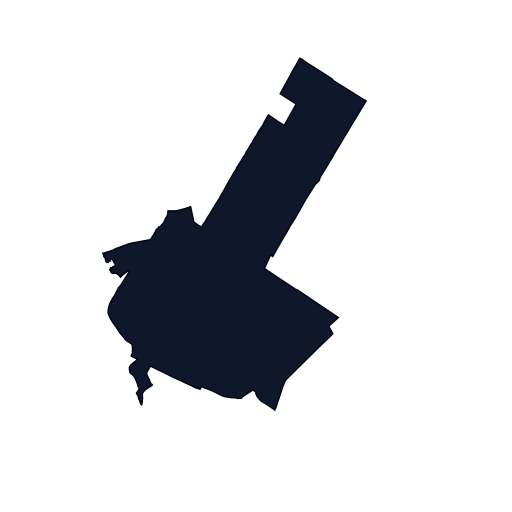 outline of Soparlita, Olt, Romania, rotated 55°
{"feature_id": "2599482B59738251160251", "entity_name": "Soparlita", "entity_type": "district", "adm_level": 2, "iso_a3": "ROU", "parent_name": "Romania", "parent_adm1": "Olt", "projection": "equal_earth", "projection_center": [24.267, 44.29], "detail": "fine", "context": "isolated", "style": "filled", "palette": "ink", "viewbox_px": 512, "rotation_deg": 55, "n_neighbors": 0, "source": "geoboundaries", "source_scale": "gbopen_adm2", "svg_char_len": 6159}
<svg xmlns="http://www.w3.org/2000/svg" viewBox="0 0 512 512"><g transform="rotate(55 256 256)"><path d="M369.3,271.8L366.3,254.1L364.0,239.2L363.7,237.7L355.2,236.7L353.6,223.9L308.7,241.1L307.3,241.7L307.5,242.1L271.4,256.2L271.1,256.3L270.8,255.9L269.6,253.8L263.5,243.5L266.0,242.6L265.2,240.9L262.5,235.4L258.7,227.3L255.3,219.9L255.1,219.3L254.6,218.1L252.9,214.7L252.0,212.8L251.4,212.0L249.7,207.6L247.2,201.7L246.4,200.1L245.5,198.2L244.6,196.2L244.3,195.4L239.8,186.2L238.6,183.7L231.4,166.7L231.1,165.6L231.2,165.4L231.1,164.6L230.6,161.8L230.1,160.2L229.7,160.0L229.3,159.7L228.3,158.2L228.2,158.0L225.9,152.8L222.3,144.5L220.4,140.3L219.0,137.1L218.9,136.7L218.6,136.5L216.8,132.5L215.8,130.3L211.9,121.5L209.9,117.1L207.5,111.6L204.5,105.0L204.0,103.9L202.1,99.5L192.1,76.8L188.4,78.7L166.7,87.8L165.7,88.3L162.3,89.7L156.1,92.3L155.3,91.9L139.9,98.1L138.5,98.8L136.8,99.5L135.1,100.1L131.2,101.8L128.9,102.8L124.9,104.3L123.0,105.0L122.2,105.1L119.1,106.8L119.9,108.1L120.9,110.4L122.8,114.2L123.8,116.5L125.8,120.6L126.5,122.0L129.0,126.8L129.8,128.5L130.5,130.0L131.0,131.1L131.5,131.9L131.7,132.3L131.8,132.7L131.9,133.0L137.0,143.1L154.6,135.9L165.3,158.1L164.1,158.4L162.1,159.2L159.9,160.3L157.1,161.5L155.8,161.8L154.4,162.4L153.2,162.8L151.1,163.6L150.4,163.9L148.3,164.6L147.5,164.8L147.9,165.7L148.4,166.8L149.7,169.5L150.4,171.0L151.0,172.1L151.3,172.8L151.8,173.7L152.8,175.3L153.1,175.9L153.2,176.4L153.5,177.5L153.9,178.6L154.5,180.1L155.0,181.4L155.6,182.7L156.0,183.4L156.2,183.9L156.5,184.4L156.8,184.8L157.0,185.5L157.3,186.1L157.6,186.7L157.8,187.1L157.9,187.7L158.3,188.9L158.7,189.8L159.1,190.4L159.3,191.1L159.5,191.6L159.8,192.1L160.3,192.5L160.5,193.0L160.9,193.6L161.1,194.3L161.2,194.8L161.6,195.9L162.7,198.5L163.3,199.8L163.8,200.5L164.1,201.5L164.5,202.5L165.1,204.1L166.2,205.8L166.6,206.7L166.9,207.4L167.1,208.1L167.4,208.8L167.6,209.6L168.0,210.3L168.3,211.2L168.8,212.0L169.0,212.6L169.3,213.2L169.7,213.9L169.9,214.5L170.1,215.0L170.6,216.2L170.8,216.8L171.3,218.0L171.6,218.5L171.9,219.2L172.3,220.6L172.7,221.4L173.0,221.8L173.5,222.0L173.9,223.1L174.2,224.1L175.0,226.2L176.3,228.9L177.2,230.9L178.0,232.4L178.3,233.4L178.7,234.4L179.1,235.2L179.7,236.2L180.3,237.4L181.0,239.0L181.7,240.4L183.0,243.0L183.7,244.3L184.2,245.6L184.8,246.8L185.5,248.5L186.1,249.7L186.4,250.2L186.6,250.8L187.6,252.6L188.1,253.8L189.1,256.0L190.3,258.9L191.0,260.6L191.7,262.2L192.6,264.1L194.5,268.4L195.3,270.1L195.6,271.2L196.2,272.7L196.5,273.5L196.9,274.2L197.4,275.3L197.9,276.3L198.5,277.6L198.9,278.7L199.1,279.4L199.5,280.5L200.2,282.1L200.6,283.7L200.6,284.1L199.8,284.8L197.7,285.6L195.3,286.5L193.9,286.9L193.3,287.1L192.8,287.6L189.2,286.0L178.1,281.3L177.2,284.7L176.2,287.8L175.6,289.3L174.8,291.5L174.4,292.6L173.8,294.3L173.3,295.2L172.8,296.0L172.5,296.7L172.0,297.3L168.6,302.2L170.0,303.3L170.6,303.9L171.4,304.7L172.0,305.5L172.5,306.6L172.9,307.1L173.1,307.7L173.3,308.4L173.7,309.0L174.2,309.9L174.7,310.6L175.1,311.4L175.5,312.1L175.9,313.1L176.1,313.9L176.2,314.6L176.3,315.3L176.5,315.9L176.9,316.5L177.0,317.0L176.8,317.7L176.6,318.5L176.5,319.2L176.8,319.9L177.3,322.6L178.0,324.0L178.8,325.0L178.9,325.8L179.4,326.6L179.9,327.4L180.3,328.6L180.7,329.7L181.0,330.5L181.5,331.3L181.7,331.9L181.8,332.7L181.9,333.1L181.3,334.8L178.7,340.5L175.7,347.1L174.8,349.0L173.8,351.3L173.0,353.5L172.5,355.7L171.5,359.1L170.5,363.1L169.7,366.0L169.3,368.6L169.2,369.9L168.6,371.6L168.0,374.0L167.2,376.2L166.8,377.7L165.9,379.9L168.1,380.3L169.0,380.9L171.5,380.7L172.7,381.4L173.8,381.9L175.0,382.0L175.9,381.6L176.4,380.8L176.1,379.5L176.5,378.1L175.4,378.0L175.1,377.6L174.9,377.1L175.2,376.5L175.7,376.1L176.6,375.7L177.9,375.7L179.9,376.1L181.4,375.9L182.8,376.6L183.3,377.3L182.7,379.2L183.2,380.1L183.0,381.0L182.3,381.7L183.4,383.6L184.6,383.7L185.5,383.9L186.7,384.0L187.8,383.5L188.9,381.8L190.2,380.3L192.0,379.6L194.0,379.2L195.6,379.2L195.0,376.3L194.9,375.0L194.8,370.1L195.3,369.0L196.1,368.5L197.1,371.0L198.1,373.3L199.0,375.6L199.7,377.1L200.4,378.9L201.3,381.1L202.2,382.9L202.7,384.9L202.8,385.7L203.1,386.8L203.5,387.5L204.0,388.5L204.8,389.8L205.4,391.1L206.3,392.4L206.8,393.6L207.2,394.6L209.0,398.9L209.8,400.5L210.9,402.5L211.7,403.8L212.6,404.8L214.8,407.4L216.2,408.7L217.5,409.6L218.9,410.2L220.6,410.6L223.2,411.1L228.2,411.4L233.3,411.4L236.9,411.4L240.7,411.6L244.8,411.2L248.1,410.9L249.9,411.0L251.1,410.6L252.5,410.2L253.8,409.4L255.6,408.8L257.4,408.2L260.9,410.1L264.8,413.1L266.3,415.6L272.5,412.4L272.9,414.0L273.1,415.8L273.2,417.6L273.4,419.9L273.5,421.4L274.6,423.5L275.3,424.0L276.4,424.7L278.4,425.7L279.2,426.1L280.0,426.1L280.4,426.0L281.2,425.5L284.1,425.0L287.2,425.1L292.5,426.4L293.4,426.6L294.5,427.2L295.5,427.4L296.6,427.3L297.3,427.5L297.7,427.9L298.4,429.0L299.1,430.7L299.5,431.8L299.7,432.3L300.2,432.8L301.8,432.8L302.8,432.9L304.3,433.4L305.7,434.0L306.8,434.1L310.3,435.0L311.1,435.1L311.9,435.2L312.3,435.0L311.4,434.0L309.7,432.4L307.4,430.5L305.4,429.3L304.1,428.5L303.2,427.6L302.6,425.7L302.2,424.3L302.0,421.2L302.4,415.7L302.2,414.9L301.5,414.9L300.4,415.4L297.9,414.9L295.9,414.2L294.3,414.2L289.9,413.2L289.1,413.0L285.5,405.6L286.5,405.1L291.1,402.5L294.4,400.8L295.5,400.1L300.2,397.5L302.2,396.4L302.3,396.3L303.2,395.9L305.3,394.8L317.7,387.6L322.2,385.0L325.3,383.1L327.7,382.0L329.6,380.8L330.9,379.9L331.3,379.3L332.2,378.8L333.0,378.3L332.4,377.5L332.0,376.3L332.5,375.1L332.8,374.5L334.6,373.8L337.1,371.9L341.9,368.8L344.4,367.5L348.5,365.3L352.7,362.8L357.4,357.9L358.2,357.0L359.2,355.7L359.9,354.7L360.5,354.1L362.2,352.5L362.6,352.0L362.8,351.3L363.9,349.7L364.2,349.2L363.5,348.9L363.7,342.4L363.8,339.6L363.9,337.4L363.8,335.4L364.6,335.1L365.9,334.6L367.2,334.4L367.8,334.5L368.7,335.0L370.3,335.4L371.8,335.6L372.8,335.6L375.6,335.3L377.0,335.1L378.4,334.7L380.4,333.8L382.4,332.9L387.0,331.1L391.8,329.3L392.9,329.0L392.7,328.8L391.4,326.4L390.0,324.5L387.3,321.0L385.0,317.9L383.1,315.3L380.7,312.1L378.2,308.7L375.4,304.5L375.0,303.5L374.5,302.1L374.0,299.7L373.7,297.4L372.9,292.9L372.5,290.4L371.8,286.8L371.2,282.8L369.6,273.9L369.5,273.0L369.3,271.8Z" fill="#0f172a" stroke="#020617" stroke-width="1.5"/></g></svg>